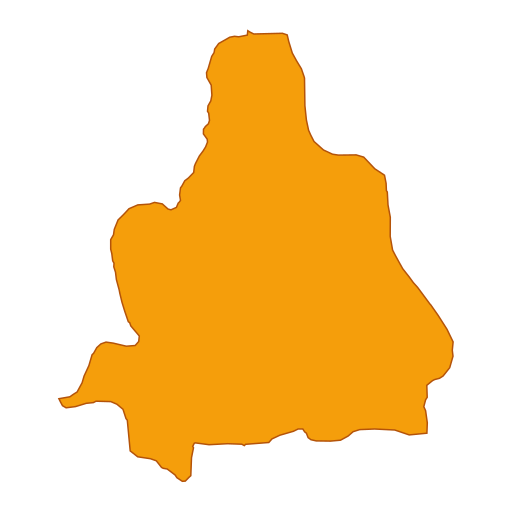 outline of Mataquescuintla, Jalapa, Guatemala
{"feature_id": "79465075B64260644411461", "entity_name": "Mataquescuintla", "entity_type": "district", "adm_level": 2, "iso_a3": "GTM", "parent_name": "Guatemala", "parent_adm1": "Jalapa", "projection": "mercator", "projection_center": [-90.217, 14.569], "detail": "fine", "context": "isolated", "style": "filled", "palette": "amber", "viewbox_px": 512, "rotation_deg": 0, "n_neighbors": 0, "source": "geoboundaries", "source_scale": "gbopen_adm2", "svg_char_len": 2455}
<svg xmlns="http://www.w3.org/2000/svg" viewBox="0 0 512 512"><path d="M244.3,445.6L245.6,444.3L268.8,442.5L272.0,438.9L279.9,435.2L293.4,431.3L298.1,429.0L302.8,429.0L304.7,431.9L306.4,433.2L308.1,437.6L310.9,439.7L316.2,440.9L330.5,441.1L340.5,440.2L348.2,436.0L353.1,431.7L359.7,429.6L374.6,429.0L394.7,430.0L409.2,434.9L426.9,433.2L427.3,422.8L425.6,410.7L423.8,406.7L425.6,399.8L427.2,397.3L426.8,385.3L432.2,380.9L433.3,380.2L434.8,379.5L439.5,378.3L443.1,376.0L449.7,367.7L453.0,356.2L452.3,350.2L453.1,341.9L447.0,329.3L438.2,315.5L430.7,304.8L429.9,304.0L417.7,287.5L413.3,282.6L409.6,277.5L402.7,268.7L399.4,262.8L395.5,255.7L392.6,250.1L390.2,236.4L390.3,217.3L388.0,204.9L387.3,192.0L386.4,190.6L386.1,183.4L384.5,175.2L374.8,168.8L363.7,157.1L356.2,154.9L338.4,155.1L332.5,154.2L323.5,150.0L314.0,141.5L310.7,135.0L308.6,130.3L306.4,120.0L304.9,105.7L304.5,78.1L304.0,76.4L301.4,68.8L296.6,60.9L292.3,53.1L288.8,41.7L287.2,34.9L282.4,33.3L253.8,34.0L250.0,32.1L247.8,30.7L247.3,35.1L238.7,36.8L234.5,36.3L229.8,37.2L218.7,43.5L214.7,49.0L214.1,52.6L211.7,56.4L208.2,68.5L206.5,72.7L206.9,77.5L211.2,85.1L211.9,95.3L210.8,100.9L208.0,105.9L207.5,111.3L208.7,113.2L209.5,120.4L208.4,123.8L206.7,125.3L205.3,126.6L204.6,127.8L203.5,129.2L203.4,133.9L207.2,139.2L207.5,142.1L205.6,146.9L203.0,151.1L199.4,155.9L195.5,163.5L194.4,166.3L193.7,172.5L188.4,178.0L186.2,179.7L184.8,180.7L181.9,186.0L180.5,187.9L179.6,195.0L180.5,200.4L179.1,202.3L178.2,203.1L176.4,207.4L171.0,209.8L168.1,209.1L162.3,203.9L154.5,202.4L149.6,204.1L137.8,204.9L129.0,208.7L123.5,214.6L118.1,219.9L114.3,229.3L113.5,234.8L110.7,239.6L110.7,249.2L111.8,253.6L112.7,260.8L114.0,263.2L113.8,266.8L115.5,272.2L116.4,279.6L119.2,290.0L119.8,293.2L122.0,302.3L124.8,311.4L126.5,316.4L128.3,321.7L129.7,322.7L130.8,325.9L139.3,336.0L138.7,341.5L135.2,345.5L126.3,346.2L113.1,343.1L106.0,342.1L100.9,343.9L96.8,347.6L93.6,353.3L92.1,354.7L88.9,365.6L84.1,376.0L82.1,382.8L77.1,392.0L73.7,394.1L69.8,396.8L58.9,398.7L60.4,401.8L62.5,405.7L66.1,407.8L75.5,406.6L86.3,403.3L93.4,402.6L96.0,401.2L110.8,401.6L116.9,404.2L123.0,409.3L126.0,418.6L127.3,420.2L130.2,450.9L137.7,456.8L150.4,458.7L156.3,460.8L161.5,467.4L163.2,468.3L167.2,469.0L175.1,475.0L176.9,477.7L182.3,481.3L185.3,481.1L189.0,477.3L190.8,475.7L191.5,457.7L193.5,447.7L192.7,446.4L194.3,443.2L195.5,442.9L209.0,444.7L227.5,443.7L241.8,444.2L244.3,445.6Z" fill="#f59e0b" stroke="#b45309" stroke-width="1.5"/></svg>